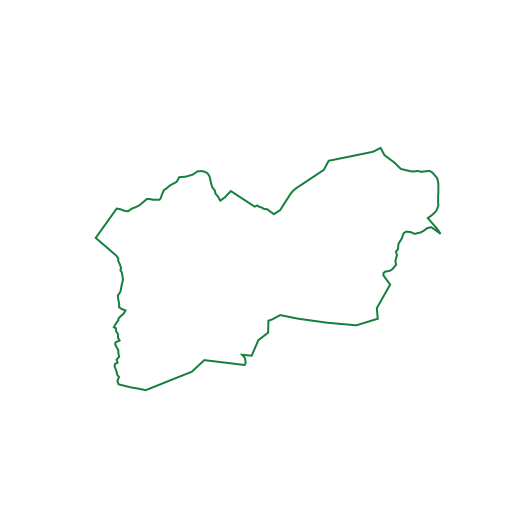 Caicó, Rio Grande do Norte, Brazil (orthographic projection), rotated 49°
{"feature_id": "56859067B32446834792764", "entity_name": "Caicó", "entity_type": "district", "adm_level": 2, "iso_a3": "BRA", "parent_name": "Brazil", "parent_adm1": "Rio Grande do Norte", "projection": "orthographic", "projection_center": [-37.055, -6.462], "detail": "fine", "context": "isolated", "style": "outline", "palette": "green", "viewbox_px": 512, "rotation_deg": 49, "n_neighbors": 0, "source": "geoboundaries", "source_scale": "gbopen_adm2", "svg_char_len": 2218}
<svg xmlns="http://www.w3.org/2000/svg" viewBox="0 0 512 512"><g transform="rotate(49 256 256)"><path d="M316.3,68.2L309.4,68.1L307.4,68.5L305.5,69.4L303.2,72.6L300.7,76.3L297.9,78.1L296.0,81.1L293.7,83.6L285.3,89.6L276.0,90.3L264.4,92.9L256.1,91.1L254.2,99.1L252.5,102.2L231.8,138.7L235.5,148.3L231.2,181.3L231.1,185.2L231.7,188.9L235.4,201.6L237.2,207.7L236.2,215.0L231.9,216.1L227.9,216.9L225.9,219.1L223.5,219.7L221.0,221.3L218.7,221.9L217.9,224.6L190.5,232.4L191.3,241.1L190.8,246.6L185.9,245.7L182.3,245.6L179.4,244.1L175.6,243.9L172.9,242.8L165.5,238.9L163.6,238.5L161.3,238.4L158.3,239.7L156.3,241.3L153.7,244.7L153.1,250.3L150.1,256.9L146.1,262.3L147.3,265.0L147.9,267.5L146.6,273.3L146.2,276.3L146.3,279.5L145.8,282.0L148.3,287.4L149.9,289.9L150.2,291.9L146.3,296.5L142.9,299.2L141.3,300.9L141.4,303.5L141.2,311.1L139.9,315.8L138.9,318.1L138.2,323.4L135.0,326.1L132.4,327.2L128.8,330.0L137.2,365.1L164.1,361.2L167.5,361.5L169.0,363.1L172.2,364.0L174.4,364.8L176.4,365.7L177.9,367.7L180.2,368.0L184.6,370.6L186.8,372.2L189.7,376.3L193.9,381.6L195.3,386.3L197.4,387.8L200.4,389.6L202.6,390.8L204.8,392.9L207.8,392.2L211.4,390.2L212.7,393.7L212.6,397.0L212.9,400.6L214.3,402.3L214.8,405.0L215.7,407.9L216.6,410.1L218.6,409.1L220.9,410.9L224.6,411.5L227.1,413.7L230.3,414.4L229.0,418.7L230.3,420.2L233.8,421.2L236.5,421.6L239.6,424.0L242.3,425.4L242.7,429.1L245.8,430.6L244.9,433.2L246.3,435.0L251.6,437.0L254.8,438.7L257.4,438.7L258.4,440.7L259.6,442.8L262.7,443.9L273.1,436.6L279.7,431.2L284.9,427.3L293.7,401.9L301.3,380.2L301.1,377.1L300.7,363.3L330.8,336.1L330.0,334.0L326.2,331.5L323.6,331.2L321.5,331.3L328.4,324.7L321.1,309.5L321.8,297.1L313.0,289.1L314.3,286.0L316.5,276.5L331.1,265.2L352.9,246.2L374.1,225.8L383.2,205.3L374.6,199.0L365.6,173.5L354.3,172.6L352.6,171.1L352.5,168.7L354.3,166.0L355.1,164.2L355.4,161.8L354.5,156.0L351.2,154.1L347.9,149.1L344.4,147.4L344.1,144.5L340.3,140.5L338.3,134.2L335.7,129.8L336.1,126.7L339.4,123.6L343.3,121.8L346.2,116.4L347.0,112.8L347.3,108.6L349.2,104.8L357.5,102.8L360.4,102.2L355.4,101.5L340.1,101.5L340.5,97.3L340.5,92.3L340.0,89.8L337.7,85.4L334.3,82.8L330.0,79.0L327.8,76.8L321.1,71.0L316.3,68.2Z" fill="none" stroke="#15803d" stroke-width="2"/></g></svg>